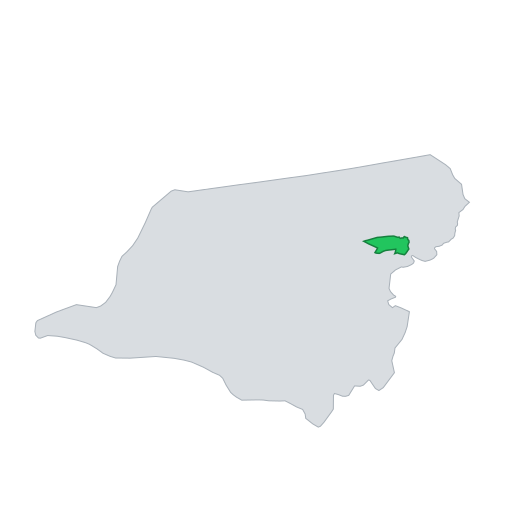 Al Qutayfah, Rif Dimashq, Syria shown in context, rotated 204°
{"feature_id": "27442178B63021739925615", "entity_name": "Al Qutayfah", "entity_type": "district", "adm_level": 2, "iso_a3": "SYR", "parent_name": "Syria", "parent_adm1": "Rif Dimashq", "projection": "natural_earth1", "projection_center": [36.695, 33.816], "detail": "fine", "context": "in_parent", "style": "filled", "palette": "green", "viewbox_px": 512, "rotation_deg": 204, "n_neighbors": 0, "source": "geoboundaries", "source_scale": "gbopen_adm2", "svg_char_len": 3602}
<svg xmlns="http://www.w3.org/2000/svg" viewBox="0 0 512 512"><g transform="rotate(204 256 256)"><path d="M89.0,183.1L93.0,183.5L101.4,188.7L102.8,188.5L105.4,181.7L107.8,179.4L113.1,177.4L114.6,166.4L117.0,164.3L119.9,163.1L124.4,162.9L128.4,162.3L128.6,160.3L123.1,147.6L123.6,144.4L126.3,131.7L127.9,126.7L129.5,125.0L135.8,125.7L144.5,127.9L146.8,131.6L151.0,134.8L157.4,134.6L164.8,135.2L170.6,135.5L175.2,133.2L185.5,128.9L190.7,127.4L195.4,125.5L210.4,118.5L216.4,119.1L220.5,120.0L223.7,121.1L230.8,125.9L236.7,130.8L240.8,132.2L248.1,132.1L258.8,133.0L271.9,132.9L279.5,131.6L289.3,129.2L306.6,123.5L329.4,111.5L342.8,105.7L348.5,105.0L356.1,104.9L363.6,106.5L372.2,107.6L376.2,107.5L385.4,106.3L397.4,103.8L404.9,101.9L414.0,98.6L419.6,93.2L421.4,92.6L423.8,93.6L424.9,94.0L427.3,97.1L429.8,105.0L429.9,105.9L429.4,108.1L423.6,114.6L415.7,123.5L410.0,129.1L400.3,138.5L393.1,140.5L380.8,143.9L377.5,147.2L374.5,152.5L372.8,159.8L372.4,164.3L372.2,172.8L375.2,181.6L378.1,190.1L378.5,195.7L378.3,201.2L375.7,207.1L372.9,215.2L371.3,224.3L370.7,241.4L370.8,256.0L370.6,258.4L365.7,268.6L359.9,280.7L357.1,283.5L344.1,287.0L329.9,295.9L314.1,305.7L299.7,314.7L284.5,324.0L268.8,333.8L257.6,340.8L242.5,350.1L228.8,359.0L214.8,368.0L204.2,374.9L188.1,385.7L178.7,392.1L164.8,401.4L152.6,409.6L138.1,419.4L119.9,416.5L114.1,414.8L109.4,410.2L106.0,407.7L97.4,405.1L91.9,396.4L88.6,393.3L82.9,391.9L85.3,386.3L85.8,382.7L88.3,378.2L86.7,375.2L86.0,369.0L84.9,367.4L84.5,365.8L85.4,363.8L85.0,361.7L84.1,360.8L83.6,357.7L82.8,355.4L83.2,352.6L84.5,350.7L85.8,347.2L87.3,346.2L89.8,343.9L90.4,341.7L92.6,339.4L95.5,337.6L96.2,336.1L95.8,335.2L92.8,333.6L91.3,330.7L92.7,326.4L93.6,325.1L95.4,323.0L99.3,319.9L102.4,319.4L105.0,319.4L109.5,319.6L113.0,320.2L113.9,319.4L113.7,318.3L109.4,315.8L109.2,313.7L110.3,311.6L113.3,308.1L116.9,305.6L118.8,305.1L122.9,300.0L125.6,294.3L121.3,280.5L118.7,278.2L114.5,276.3L112.0,276.0L111.8,275.1L115.2,271.6L117.5,268.6L114.9,265.6L110.3,264.3L108.5,267.3L102.5,267.6L93.2,267.5L89.2,252.9L88.6,246.6L88.7,239.2L91.6,228.5L90.2,223.6L90.1,220.2L89.4,215.6L82.1,205.7L86.2,187.5L89.0,183.1Z" fill="#d9dde1" stroke="#a8b0b8" stroke-width="1"/><path d="M163.5,313.3L157.9,312.9L157.3,312.9L155.1,312.9L148.2,312.8L148.2,311.5L148.7,307.5L147.5,307.5L145.4,308.2L144.2,308.7L143.1,310.1L141.6,312.1L139.8,313.8L137.4,315.3L134.5,317.0L132.0,318.5L131.1,319.1L130.7,318.4L130.2,315.6L130.2,314.6L129.4,315.3L128.2,316.4L126.8,316.4L125.4,316.6L123.8,316.9L123.5,317.0L123.1,317.1L122.9,317.1L122.1,317.3L121.3,317.4L121.0,317.5L120.9,317.6L120.7,318.1L120.3,319.0L120.0,320.3L119.9,320.8L119.8,321.3L119.8,321.5L119.7,321.7L119.7,322.2L119.6,322.6L119.5,323.2L119.3,324.1L119.2,324.6L119.8,325.1L119.9,325.3L120.6,326.1L121.0,326.4L121.5,327.1L121.7,328.1L121.8,328.9L121.9,329.6L121.7,330.5L121.9,331.0L122.6,332.2L123.2,332.6L123.6,332.6L123.9,332.7L124.2,332.9L124.4,333.3L124.6,333.6L124.8,334.1L125.0,334.3L125.7,334.3L125.9,334.2L126.1,334.2L126.3,334.1L126.9,333.9L127.2,334.0L127.4,334.0L127.9,334.2L128.2,334.2L128.4,334.1L128.6,333.8L128.6,333.2L128.7,332.6L128.8,332.3L128.9,332.2L129.8,332.0L130.0,331.9L131.0,331.1L131.2,330.9L132.1,331.0L132.6,331.2L133.0,331.5L133.3,331.2L133.6,331.0L134.6,330.6L135.5,330.5L136.0,330.5L136.6,330.4L136.8,330.4L137.2,330.4L137.7,330.3L137.8,330.3L138.5,330.1L139.0,329.9L139.9,329.4L143.2,327.8L145.6,326.4L146.3,326.0L148.6,324.6L149.3,324.2L150.2,323.7L150.6,323.5L152.4,322.5L152.6,322.4L152.8,322.3L156.6,319.1L160.6,315.7L162.0,314.7L163.5,313.3Z" fill="#22c55e" stroke="#15803d" stroke-width="1.5"/></g></svg>